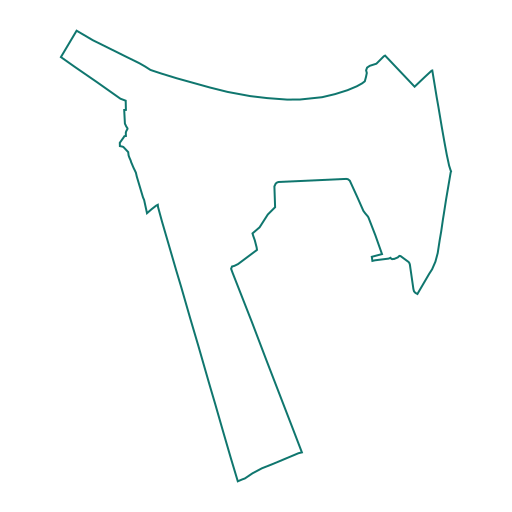 the district of Thanh Khe, Đà Nẵng, Vietnam
{"feature_id": "81297802B31644345342604", "entity_name": "Thanh Khe", "entity_type": "district", "adm_level": 2, "iso_a3": "VNM", "parent_name": "Vietnam", "parent_adm1": "Đà Nẵng", "projection": "robinson", "projection_center": [108.193, 16.056], "detail": "fine", "context": "isolated", "style": "outline", "palette": "teal", "viewbox_px": 512, "rotation_deg": 0, "n_neighbors": 0, "source": "geoboundaries", "source_scale": "gbopen_adm2", "svg_char_len": 2374}
<svg xmlns="http://www.w3.org/2000/svg" viewBox="0 0 512 512"><path d="M237.8,481.3L242.5,479.3L244.8,478.5L252.5,473.3L260.6,469.0L261.9,468.3L273.0,463.9L298.5,453.2L301.9,452.4L292.7,428.4L266.2,359.7L252.1,322.6L232.5,272.6L231.1,268.8L232.0,266.5L234.3,265.9L238.0,264.1L257.0,249.9L256.6,247.3L254.8,240.3L253.2,235.8L252.5,233.4L259.6,227.3L267.8,214.5L275.1,207.2L274.4,186.4L275.7,183.6L276.9,182.6L278.4,182.0L305.0,180.8L346.3,178.9L347.9,179.2L349.8,180.7L357.3,197.1L363.4,210.9L365.1,213.2L367.9,216.5L368.5,217.6L375.4,235.4L376.0,237.1L382.0,254.1L371.8,256.8L372.4,260.9L375.0,260.3L388.6,258.6L390.5,257.8L390.9,258.4L391.4,258.8L392.0,259.1L392.6,259.1L393.2,258.9L394.0,259.0L397.8,257.4L399.4,255.9L400.6,256.1L407.1,260.9L408.6,262.0L409.3,263.0L409.5,263.4L409.9,264.7L410.3,267.6L410.9,271.7L413.1,287.0L413.3,288.4L413.6,289.9L414.0,291.3L415.0,292.5L415.8,293.1L417.4,294.0L429.2,273.8L432.1,269.3L435.4,261.7L437.7,253.1L439.7,240.1L441.2,231.4L443.0,219.0L443.8,214.1L446.1,199.3L450.7,172.3L451.1,171.4L450.6,170.3L449.1,165.6L448.1,160.9L446.8,154.9L445.0,145.2L444.2,140.8L441.8,127.2L441.7,126.6L438.4,106.9L436.7,97.3L432.3,70.5L431.6,70.7L425.0,76.8L414.6,86.7L385.1,55.6L383.8,56.3L376.4,63.7L369.8,65.8L367.1,67.6L366.1,70.3L366.8,73.0L366.0,76.9L364.8,81.3L362.2,83.3L358.6,85.3L356.8,86.3L347.5,90.2L335.1,94.1L322.1,97.2L300.2,99.5L287.2,99.6L267.2,98.1L250.2,96.1L227.5,91.9L217.1,89.3L209.9,87.5L176.8,78.3L161.5,73.6L153.0,70.8L150.4,69.9L145.1,66.5L139.5,63.3L126.9,57.1L92.8,40.2L76.6,30.7L60.9,57.1L75.1,67.1L96.9,82.1L120.4,98.7L125.7,100.7L125.9,109.9L124.2,110.0L124.9,123.5L125.0,123.8L125.2,124.3L125.5,124.8L125.8,125.5L126.2,126.4L126.7,127.1L127.0,127.6L127.3,128.0L127.5,128.5L127.5,128.9L127.3,129.2L127.1,129.6L126.7,130.3L126.4,130.9L126.1,131.6L125.8,132.8L125.9,136.0L124.4,136.2L123.7,137.3L119.8,142.8L119.9,146.1L122.4,146.6L123.4,147.0L128.2,152.1L128.4,153.9L128.6,155.4L129.0,156.6L129.6,158.1L130.1,159.2L130.7,160.6L131.2,162.3L132.0,164.1L132.6,165.6L133.2,167.0L133.7,168.1L133.9,168.6L134.3,169.3L135.9,172.7L136.8,176.6L143.0,197.4L144.1,199.9L147.0,213.2L151.7,209.1L156.1,205.7L157.8,204.8L158.0,206.9L161.9,221.2L169.5,247.3L176.3,270.7L181.2,287.0L190.0,317.6L198.5,346.4L208.5,381.2L210.3,387.4L215.2,404.0L222.6,429.8L230.8,458.0L237.8,481.3Z" fill="none" stroke="#0f766e" stroke-width="2"/></svg>